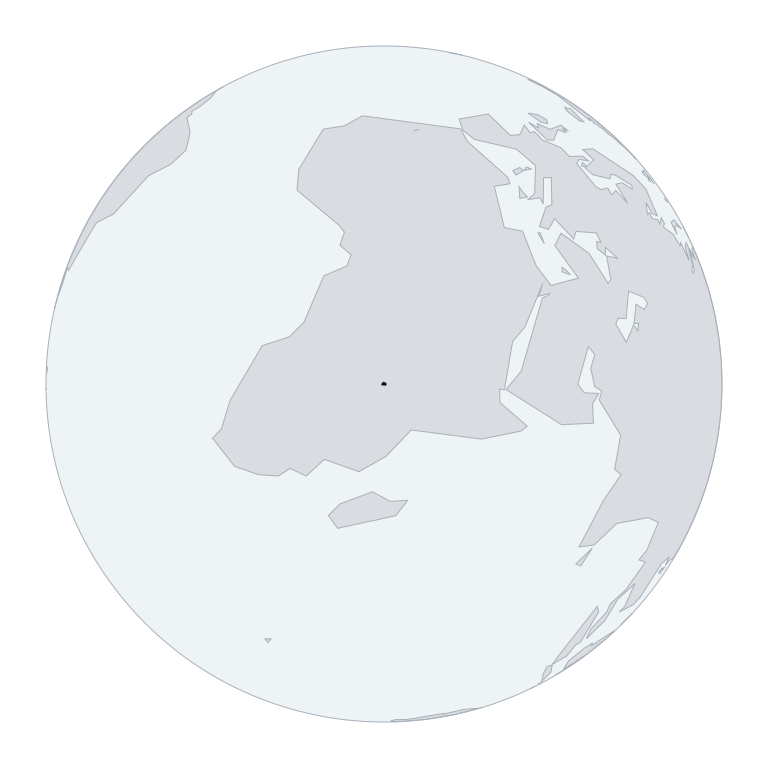 globe centered on Rutana, rotated 54°
{"feature_id": "BDI-2634", "entity_name": "Rutana", "entity_type": "Province", "adm_level": 1, "iso_a3": "BDI", "parent_name": "Burundi", "parent_adm1": "", "projection": "orthographic", "projection_center": [30.114, -3.886], "detail": "fine", "context": "on_globe", "style": "filled", "palette": "ink", "viewbox_px": 768, "rotation_deg": 54, "n_neighbors": 0, "source": "natural_earth", "source_scale": "10m", "svg_char_len": 6260}
<svg xmlns="http://www.w3.org/2000/svg" viewBox="0 0 768 768"><g transform="rotate(54 384 384)"><circle cx="384" cy="384" r="338" fill="#eef3f6" stroke="#a8b0b8"/><path d="M49.1,338.8L48.3,347.8L50.8,355.9L51.3,369.8L50.4,379.0L52.6,380.9L52.7,386.8L66.7,393.1L78.3,406.6L80.9,427.2L77.1,452.1L87.5,503.1L84.4,521.5L93.0,541.9L106.7,572.5L103.6,571.6L114.2,585.4L120.4,594.7L121.0,596.1L129.4,606.2L129.6,606.4L114.4,587.8L100.6,568.1L88.3,547.5L77.4,526.1L68.1,504.0L60.4,481.3L54.3,458.1L49.9,434.5L47.1,410.6L46.1,386.7L46.8,362.7L49.1,338.8ZM188.8,659.9L189.5,660.3L190.2,660.8L188.8,659.9ZM175.3,649.5L171.9,646.0L174.0,647.5L176.9,650.3L175.3,649.5ZM689.8,240.2L694.7,251.9L694.5,257.5L696.3,263.2L691.5,255.0L692.3,264.8L706.9,301.6L709.0,311.6L706.8,327.7L705.5,320.1L692.9,298.2L695.6,321.8L705.4,344.8L708.9,370.1L703.7,360.4L699.5,338.2L694.9,329.9L692.5,309.0L681.7,277.3L676.1,281.2L673.0,269.2L657.3,243.4L647.3,248.8L633.7,277.5L637.7,308.8L630.4,321.9L607.3,275.1L596.7,245.5L588.5,247.5L564.5,222.6L523.5,219.3L517.6,211.9L509.9,215.0L493.0,207.6L483.9,196.1L473.8,196.7L498.0,227.3L508.9,227.1L517.9,215.7L522.6,226.9L538.9,237.6L521.2,264.3L460.2,288.5L454.2,265.3L407.5,205.3L408.9,198.8L408.7,198.1L408.1,196.8L403.9,207.3L395.8,196.3L420.8,236.6L425.1,254.9L459.4,289.9L456.2,293.5L467.2,301.1L502.4,292.9L502.6,300.7L486.0,337.4L437.2,389.0L443.7,424.8L440.2,455.8L409.9,476.6L412.7,501.0L397.1,509.7L396.2,523.7L383.7,538.7L362.8,553.3L327.1,554.6L324.7,541.9L306.6,517.8L281.4,459.9L290.2,432.8L287.0,412.5L261.2,369.2L266.8,344.5L260.0,334.7L245.8,338.1L237.9,326.7L229.3,327.0L176.1,340.4L160.3,326.8L142.1,283.4L151.9,264.2L154.3,243.9L222.7,172.0L236.5,174.0L289.5,162.4L296.0,164.3L289.0,178.6L328.2,194.7L341.7,182.1L377.9,191.4L402.5,190.9L412.6,164.5L372.3,164.4L366.1,152.1L398.9,141.3L434.2,143.6L432.9,139.1L411.2,128.6L419.9,121.0L403.7,124.6L409.8,129.1L399.9,131.9L393.7,128.2L397.0,125.3L386.6,123.4L373.4,139.0L378.2,145.3L350.4,148.8L355.7,160.0L347.9,165.6L336.1,149.0L337.7,142.8L315.2,127.3L310.9,133.7L331.9,149.4L325.1,148.3L319.5,159.0L318.4,150.1L296.5,133.0L271.9,138.8L239.3,167.1L225.2,171.0L213.8,167.5L226.8,141.0L257.0,135.7L262.1,127.8L257.0,118.3L266.6,118.1L268.2,114.0L279.7,112.4L296.9,102.0L308.8,100.3L316.5,89.3L323.7,87.4L317.0,94.1L318.8,98.5L348.3,96.7L354.3,94.3L357.0,87.7L364.8,88.8L363.6,82.8L381.1,80.5L358.7,78.9L361.3,72.9L372.3,68.6L369.1,66.7L351.1,74.0L347.6,77.5L350.9,80.6L337.7,91.8L327.3,94.2L326.0,82.6L311.1,85.4L316.6,76.7L361.9,59.8L380.3,57.5L408.6,64.0L403.8,66.8L391.2,65.4L401.9,71.3L401.5,68.5L407.9,69.9L412.0,65.9L416.8,66.8L412.5,62.0L418.8,62.7L421.4,65.7L432.8,62.0L446.2,63.4L446.5,62.3L443.0,60.7L462.3,64.5L461.7,63.6L455.1,61.9L449.5,59.2L447.1,56.4L454.0,57.8L455.7,59.0L469.7,64.4L473.3,68.3L475.9,68.8L474.3,65.8L457.3,59.0L454.0,57.1L462.8,59.8L459.4,58.6L459.8,58.2L466.7,59.3L457.3,56.4L453.6,53.3L476.9,59.1L499.7,66.5L522.0,75.5L543.5,86.1L564.3,98.2L584.1,111.7L603.0,126.6L620.7,142.8L637.2,160.2L652.5,178.8L666.3,198.3L678.8,218.9L689.8,240.2ZM198.6,205.7L196.6,211.6L198.6,205.7ZM471.6,161.2L492.7,163.5L483.0,147.4L490.3,147.3L484.4,142.3L482.2,146.3L467.6,133.2L476.7,129.7L474.0,123.6L466.8,122.7L452.6,131.6L473.4,149.7L468.6,155.8L471.6,161.2ZM164.0,127.5L161.4,129.8L153.7,137.0L157.9,132.9L153.8,136.7L154.0,136.4L164.0,127.5ZM265.9,97.0L269.4,98.6L264.5,103.1L249.5,108.2L256.5,101.3L265.9,97.0ZM275.6,100.0L278.5,88.8L287.9,86.1L282.1,89.3L288.1,88.7L280.4,93.9L286.6,103.5L282.6,108.4L257.1,113.2L267.6,108.5L263.5,106.9L275.6,100.0ZM269.1,73.8L270.5,71.4L289.2,68.4L285.8,71.2L270.6,75.6L265.7,75.0L269.1,73.8ZM343.9,48.5L349.6,48.2L339.7,49.3L341.1,49.2L333.6,50.5L326.9,52.1L322.6,52.7L321.9,53.2L316.9,54.4L314.5,55.4L305.8,57.2L302.1,58.8L300.1,58.8L296.0,61.2L295.1,60.3L288.7,62.5L292.9,62.2L252.2,74.0L235.7,81.4L222.5,88.5L222.8,87.3L235.4,80.5L237.5,79.5L263.1,68.5L289.4,59.6L316.5,52.9L343.9,48.5ZM350.5,47.7L350.8,47.7L345.1,48.3L350.5,47.7ZM303.9,158.7L309.0,159.0L317.1,158.0L313.7,165.1L303.9,158.7ZM288.6,147.0L293.3,145.8L292.5,154.4L287.2,154.5L288.6,147.0ZM296.6,138.4L293.6,145.1L292.1,141.5L296.6,138.4ZM321.5,93.1L326.6,92.0L326.8,93.4L323.7,96.0L321.5,93.1ZM366.7,50.7L363.2,50.2L364.9,49.9L363.6,48.5L370.7,48.1L374.4,48.8L366.7,50.7ZM405.4,168.9L397.9,173.9L394.3,171.4L397.6,170.1L405.4,168.9ZM353.3,168.8L364.9,171.9L352.3,170.7L353.3,168.8ZM374.3,50.0L372.9,49.3L377.3,49.6L374.3,50.0ZM375.9,47.8L381.2,48.0L371.5,47.9L375.9,47.8ZM524.0,625.2L524.9,629.9L520.2,629.9L524.0,625.2ZM497.5,451.8L473.5,506.3L457.7,506.3L455.2,489.9L464.3,456.8L482.8,447.8L492.0,433.2L497.5,451.8ZM717.2,439.5L716.8,442.6L716.5,444.2L717.2,439.5ZM717.8,432.4L718.0,434.6L717.2,435.6L717.8,432.4ZM718.0,435.6L717.9,435.6L718.0,435.1L718.0,435.6ZM717.3,431.3L711.7,424.9L708.5,418.4L710.1,413.1L715.3,418.3L717.3,431.3ZM709.7,412.8L703.7,393.1L689.3,342.2L694.6,344.4L708.4,377.0L707.7,381.6L711.4,396.5L709.7,412.8ZM721.2,391.3L720.3,406.0L718.0,401.3L716.5,397.3L715.5,377.1L716.1,368.0L717.6,369.6L719.0,342.1L720.4,351.9L721.0,363.9L721.8,378.2L721.2,391.3ZM639.2,312.0L646.9,331.8L642.3,334.4L639.2,312.0ZM716.4,323.4L717.9,333.8L715.5,318.4L716.4,323.4ZM699.5,272.3L698.1,272.7L696.4,267.9L697.2,264.8L699.5,272.3ZM433.6,52.3L427.4,54.0L427.7,56.4L435.4,59.1L422.0,56.7L421.5,52.9L433.6,52.3ZM450.2,52.6L447.2,52.0L450.2,52.6ZM442.5,51.2L444.9,51.6L433.6,49.8L431.6,49.4L442.5,51.2ZM403.9,47.8L401.6,48.2L398.1,47.8L403.9,47.8ZM663.9,573.4L660.4,577.0L662.4,571.8L669.1,562.2L685.3,530.0L685.4,531.3L694.3,510.5L702.1,497.8L703.4,494.4L692.5,521.9L679.3,548.2L663.9,573.4ZM720.5,415.2L720.3,416.6L720.4,415.3L721.4,399.9L721.9,383.0L721.9,381.4L720.5,415.2Z" fill="#d9dde1" stroke="#a8b0b8" stroke-width="1"/><path d="M385.5,382.9L385.5,383.0L385.6,383.3L385.3,383.3L385.2,383.4L384.9,383.8L384.6,384.1L384.6,384.3L384.5,384.7L384.4,384.9L384.2,385.0L383.6,385.1L383.3,385.2L383.1,385.4L383.1,385.5L382.9,385.3L382.8,385.2L382.7,385.1L382.7,384.9L382.7,384.6L382.7,384.4L382.9,384.0L382.9,383.9L382.8,383.7L383.0,383.7L383.3,383.2L383.6,382.9L383.8,382.8L383.9,382.7L384.1,382.5L384.3,382.7L384.7,382.5L385.0,382.7L385.2,382.8L385.3,382.8L385.5,382.9L385.5,382.9Z" fill="#0f172a" stroke="#020617" stroke-width="1.5"/></g></svg>